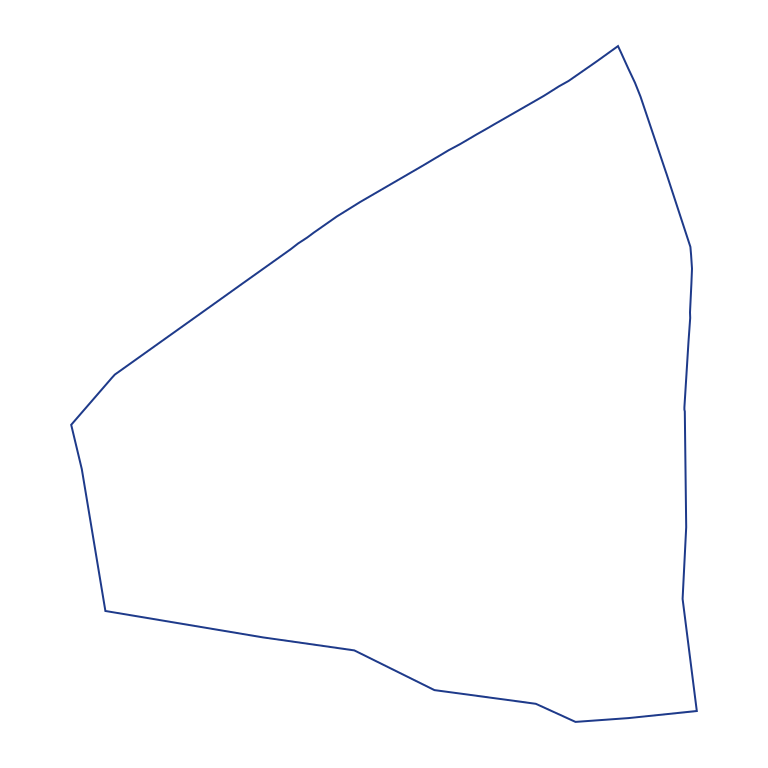 the district of San Miguel Chicahua, Oaxaca, Mexico
{"feature_id": "50627088B2748566546395", "entity_name": "San Miguel Chicahua", "entity_type": "district", "adm_level": 2, "iso_a3": "MEX", "parent_name": "Mexico", "parent_adm1": "Oaxaca", "projection": "albers", "projection_center": [-97.191, 17.633], "detail": "fine", "context": "isolated", "style": "outline", "palette": "blue", "viewbox_px": 768, "rotation_deg": 0, "n_neighbors": 0, "source": "geoboundaries", "source_scale": "gbopen_adm2", "svg_char_len": 727}
<svg xmlns="http://www.w3.org/2000/svg" viewBox="0 0 768 768"><path d="M203.9,311.1L114.8,374.6L111.8,377.9L71.2,424.8L81.8,469.1L105.4,611.0L263.0,637.4L354.3,650.4L434.4,690.1L535.8,703.8L575.5,721.9L628.3,718.1L696.8,711.0L682.6,598.9L686.2,527.2L684.8,411.4L684.4,409.6L684.4,407.4L688.5,341.6L690.2,318.0L690.0,312.3L691.4,283.5L692.0,268.7L691.1,255.1L690.4,246.9L666.3,173.2L666.1,172.7L640.5,96.6L635.0,82.8L628.3,68.6L620.9,52.3L618.0,46.1L596.7,61.4L568.5,81.0L559.0,86.3L543.6,96.0L539.1,98.6L494.1,124.4L487.6,128.2L477.0,134.2L460.1,144.1L448.7,150.2L422.0,166.1L360.3,201.9L336.8,216.5L313.8,232.6L307.1,237.6L298.2,243.4L291.0,249.0L242.1,283.8L203.9,311.1Z" fill="none" stroke="#1e3a8a" stroke-width="2"/></svg>